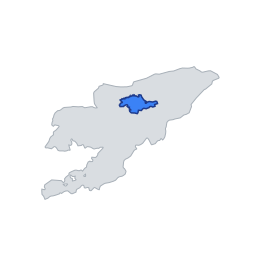 location of Kochkor, Naryn, Kyrgyzstan, rotated 342°
{"feature_id": "92254566B91475700804664", "entity_name": "Kochkor", "entity_type": "district", "adm_level": 2, "iso_a3": "KGZ", "parent_name": "Kyrgyzstan", "parent_adm1": "Naryn", "projection": "mercator", "projection_center": [75.232, 42.072], "detail": "fine", "context": "in_parent", "style": "filled", "palette": "blue", "viewbox_px": 256, "rotation_deg": 342, "n_neighbors": 0, "source": "geoboundaries", "source_scale": "gbopen_adm2", "svg_char_len": 5532}
<svg xmlns="http://www.w3.org/2000/svg" viewBox="0 0 256 256"><g transform="rotate(342 128 128)"><path d="M57.8,152.9L58.4,152.5L60.4,152.1L64.3,151.7L65.6,152.0L68.3,153.6L70.3,153.4L70.7,153.7L71.5,155.0L74.3,153.0L76.4,152.4L77.4,150.4L79.6,148.0L81.5,147.7L81.5,148.0L81.9,148.4L83.8,148.9L84.4,148.3L84.7,147.4L84.0,146.1L84.0,145.5L84.6,144.6L87.7,145.9L88.4,145.9L89.8,145.2L91.1,143.9L91.5,142.9L97.8,139.5L98.3,138.9L98.2,138.5L95.6,137.7L94.4,138.2L93.3,138.2L92.6,137.7L89.4,137.5L88.7,137.1L86.6,134.7L83.9,133.2L82.7,133.3L81.1,133.9L80.7,133.6L80.5,131.4L80.2,130.0L79.3,129.7L78.2,130.2L74.9,129.5L74.5,126.6L73.3,124.1L71.6,123.1L71.6,121.6L71.0,120.9L70.5,121.1L69.8,121.9L70.1,123.5L69.9,125.2L69.5,126.1L68.7,126.7L67.9,126.7L66.4,125.9L66.2,130.9L65.9,131.2L64.2,130.5L62.8,130.8L60.7,130.5L59.1,129.7L56.0,128.7L54.6,127.8L53.7,124.4L52.8,123.2L52.0,122.9L48.8,124.1L45.4,122.0L43.8,121.6L43.3,120.9L43.4,120.2L48.5,116.4L50.5,113.7L51.8,112.6L55.0,111.4L55.7,109.0L56.0,108.7L59.2,107.6L62.9,105.4L62.9,104.8L62.6,104.3L59.3,102.4L57.6,103.3L56.6,102.1L56.6,101.0L57.7,99.0L58.7,98.0L59.0,96.1L60.4,94.8L61.7,92.7L63.4,91.1L66.5,89.8L68.2,90.2L69.8,89.9L72.3,88.9L73.8,88.8L80.2,90.4L82.3,90.5L87.3,92.5L91.2,93.5L93.1,95.4L99.3,96.3L101.0,96.9L101.6,97.8L103.4,99.0L104.9,99.2L103.6,94.6L104.1,91.8L106.1,84.2L107.1,83.1L112.2,81.0L113.4,79.4L117.0,79.4L117.8,79.1L118.2,78.2L129.5,84.9L133.8,86.7L139.7,88.5L144.7,89.0L145.5,88.6L147.5,86.0L148.5,85.9L160.9,86.4L169.8,85.0L171.1,85.1L174.4,86.5L184.9,87.0L189.0,87.9L195.5,87.6L198.3,87.8L203.3,89.6L205.0,90.0L208.2,90.3L209.5,90.0L210.2,90.4L210.9,92.8L214.0,95.8L215.1,97.4L216.2,98.0L222.0,98.5L224.2,99.1L229.6,104.7L230.3,108.0L229.7,108.7L224.0,109.1L222.7,109.6L221.3,112.0L213.7,115.0L212.6,114.9L202.3,120.5L195.3,125.1L195.0,127.3L190.9,132.4L187.8,133.0L185.1,132.9L180.8,134.5L175.3,133.9L173.4,134.0L169.7,133.3L168.3,133.7L166.7,134.7L164.6,138.8L163.7,139.7L163.3,140.6L163.0,142.6L162.2,144.6L160.3,147.8L158.8,149.2L157.3,150.1L156.2,148.2L154.3,149.6L152.6,149.3L151.5,149.7L149.1,151.3L145.4,151.3L145.0,150.7L144.3,146.1L143.7,144.0L143.2,143.5L142.5,143.4L137.3,147.0L134.9,147.7L133.0,147.8L130.4,146.7L129.8,147.0L129.4,147.5L129.2,148.3L129.9,150.3L129.7,150.7L128.6,150.7L126.9,151.2L122.0,155.4L118.8,156.5L115.9,156.9L114.2,157.7L113.2,159.2L111.3,163.5L111.3,164.4L112.1,165.6L112.7,168.2L112.6,168.9L111.0,171.0L109.0,171.7L107.5,172.0L104.5,171.7L102.9,172.1L100.1,173.8L97.8,174.1L93.4,174.1L89.1,173.5L87.6,173.7L83.8,174.7L82.5,176.2L81.8,177.6L81.4,177.8L79.9,176.5L78.0,174.3L77.0,174.4L73.6,176.2L73.1,176.1L72.1,175.4L72.2,172.6L71.1,172.0L68.8,171.9L68.0,171.3L68.2,169.5L68.0,168.8L67.3,168.3L66.1,168.4L63.7,169.9L60.8,170.4L59.8,170.9L58.7,172.9L54.9,173.3L53.7,172.9L51.3,169.2L49.4,168.7L47.3,168.8L44.6,169.7L43.9,169.0L43.2,168.7L42.6,169.4L39.2,169.5L35.8,169.4L33.9,169.0L32.6,169.0L30.1,170.0L27.0,170.2L26.7,166.8L25.7,164.5L26.7,160.7L27.2,159.5L29.5,160.9L30.3,160.6L30.5,159.9L30.2,158.2L31.3,156.3L39.4,153.8L48.4,157.5L49.6,159.9L50.4,159.8L51.6,158.7L52.0,156.7L53.8,155.5L57.6,154.1L57.8,152.9ZM62.4,161.3L62.6,161.0L61.9,159.2L62.9,157.5L61.0,157.3L60.1,156.8L59.1,155.1L58.7,155.0L58.2,155.5L57.9,156.6L58.1,157.8L59.4,158.9L58.8,161.2L61.5,161.5L62.4,161.3ZM53.1,162.9L53.0,162.4L52.4,162.2L49.0,161.5L49.1,162.0L50.4,163.8L51.4,163.9L53.1,162.9ZM73.1,159.9L73.3,158.8L71.3,159.5L71.0,160.0L71.7,160.7L72.6,160.9L73.1,159.9Z" fill="#d9dde1" stroke="#a8b0b8" stroke-width="1"/><path d="M129.2,99.0L129.2,99.5L129.6,100.0L130.0,100.7L130.5,101.6L130.5,101.8L130.3,102.0L129.9,102.1L129.3,102.0L129.0,102.1L128.4,102.3L128.1,102.5L127.3,103.5L127.1,103.7L126.9,103.7L127.1,105.2L130.4,106.2L131.2,105.7L133.5,105.3L134.6,105.9L134.6,106.9L133.9,107.2L134.6,108.4L135.7,108.7L135.2,109.8L135.1,110.4L136.0,110.9L136.2,111.6L135.3,111.6L134.8,111.9L134.8,112.0L134.8,112.8L135.8,114.6L138.1,115.5L139.0,115.8L141.2,117.2L142.2,116.5L143.4,114.4L146.2,115.5L147.4,114.6L148.6,114.2L149.2,114.2L151.3,115.3L152.2,115.2L154.4,115.1L155.1,114.5L156.4,114.5L157.3,115.0L158.0,115.7L160.4,115.7L160.6,113.9L163.6,113.9L163.7,112.5L163.5,111.6L162.5,111.0L159.5,110.9L156.3,109.3L154.3,109.4L152.9,110.1L152.3,109.9L152.4,108.6L153.7,108.6L151.7,106.2L150.6,102.5L150.6,100.8L149.4,100.0L148.2,99.9L148.1,101.5L147.2,101.6L145.5,99.9L144.6,99.8L144.3,99.1L144.2,98.6L143.9,98.7L143.8,98.8L143.7,98.9L143.5,99.0L143.4,99.0L143.4,98.9L143.3,99.0L143.1,99.0L143.1,98.9L142.9,98.8L142.7,98.9L142.6,98.7L142.5,98.4L142.6,98.2L142.4,98.1L142.2,98.3L142.0,98.6L141.9,98.6L141.7,98.6L141.4,98.6L141.2,98.7L140.9,98.6L140.7,98.6L140.6,98.8L140.4,98.9L140.2,98.7L140.1,98.4L139.9,98.3L139.9,98.2L139.8,98.3L139.7,98.3L139.6,98.5L139.4,98.6L139.2,98.7L138.9,98.7L138.8,98.8L138.7,98.7L138.6,98.8L138.4,98.9L138.2,98.9L138.2,99.0L137.9,99.0L137.6,99.1L137.5,98.9L137.3,98.8L137.2,98.7L136.9,98.7L136.7,98.7L136.4,98.6L136.3,98.8L136.2,98.8L135.9,98.8L135.7,98.8L135.6,98.7L135.4,98.6L135.2,98.5L135.2,98.4L134.9,98.4L134.8,98.5L134.7,98.6L134.5,98.8L134.5,98.7L134.5,98.8L134.4,98.9L134.3,99.0L134.3,98.9L134.2,98.9L134.1,99.0L133.9,98.9L133.9,99.0L133.7,99.0L133.5,98.9L133.4,98.7L133.3,98.4L133.2,98.4L132.9,98.6L132.7,98.6L132.5,98.8L132.3,98.9L132.1,98.9L131.8,98.7L131.8,98.8L131.8,98.7L131.7,98.7L131.4,98.6L131.2,98.7L131.1,98.8L130.9,98.8L130.7,98.8L130.7,98.7L130.5,98.8L130.4,98.8L130.2,98.8L129.9,98.9L129.7,98.9L129.4,98.9L129.2,98.9L129.2,99.0Z" fill="#3b82f6" stroke="#1e3a8a" stroke-width="1.5"/></g></svg>